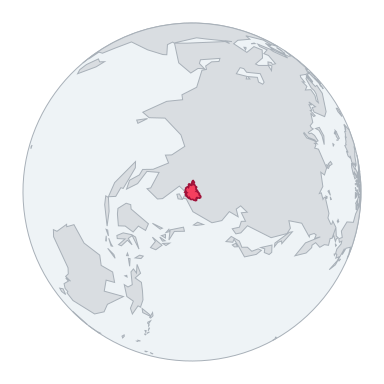 globe centered on Guangxi, rotated 81°
{"feature_id": "CHN-1152", "entity_name": "Guangxi", "entity_type": "Autonomous Region", "adm_level": 1, "iso_a3": "CHN", "parent_name": "China", "parent_adm1": "", "projection": "orthographic", "projection_center": [108.679, 23.706], "detail": "fine", "context": "on_globe", "style": "filled", "palette": "rose", "viewbox_px": 384, "rotation_deg": 81, "n_neighbors": 0, "source": "natural_earth", "source_scale": "10m", "svg_char_len": 15073}
<svg xmlns="http://www.w3.org/2000/svg" viewBox="0 0 384 384"><g transform="rotate(81 192 192)"><circle cx="192" cy="192" r="169" fill="#eef3f6" stroke="#a8b0b8"/><path d="M345.8,255.7L345.5,256.7L345.4,256.9L345.8,255.7ZM279.9,47.7L271.3,44.2L271.7,48.7L277.4,53.4L271.8,50.3L286.4,61.8L290.2,68.6L282.4,59.1L279.0,56.9L279.8,60.3L276.5,58.7L275.0,59.7L270.9,57.8L266.7,52.9L264.0,51.8L264.7,54.3L261.1,54.3L260.4,50.7L254.0,50.6L245.8,43.6L247.2,37.4L239.2,33.8L231.6,28.5L228.9,28.1L224.3,26.6L219.4,25.8L219.4,25.5L215.5,25.2L216.5,25.6L215.1,25.7L212.3,25.4L211.8,24.8L213.1,24.9L211.5,24.6L212.4,24.6L210.4,24.4L210.1,24.1L206.3,24.1L202.6,23.6L203.5,23.5L208.8,23.9L212.1,24.2L224.0,26.1L235.7,28.8L247.2,32.3L258.5,36.7L269.4,41.8L279.9,47.7ZM351.1,135.5L349.8,132.3L350.2,133.1L351.1,135.5ZM349.2,131.3L349.6,132.2L349.3,131.6L349.2,131.3ZM349.1,131.5L349.2,131.4L349.3,131.9L349.1,131.5ZM349.2,132.2L349.1,131.7L349.1,131.9L349.2,132.2ZM348.7,132.3L348.5,132.2L348.3,131.4L348.7,132.3ZM279.9,48.2L278.1,47.0L281.6,48.9L281.6,49.0L279.9,48.2ZM282.3,57.3L281.4,55.6L283.4,57.9L282.3,57.3ZM275.5,60.2L276.8,61.3L275.5,61.3L275.5,60.2ZM268.0,58.6L265.4,58.6L267.3,57.7L268.0,58.6ZM209.7,24.0L209.5,23.9L209.1,23.9L209.7,24.0ZM263.4,58.1L257.3,58.8L259.7,61.0L249.5,55.4L258.1,56.4L260.0,54.8L260.9,56.8L263.4,58.1ZM218.0,25.9L216.8,25.4L220.3,26.2L218.0,25.9ZM220.6,26.4L233.4,29.6L233.7,30.5L229.3,29.1L231.8,30.9L225.6,29.7L222.9,28.5L223.9,28.1L220.8,28.1L220.6,26.4ZM244.8,52.5L242.7,52.1L244.1,51.6L244.8,52.5ZM214.8,25.8L217.4,26.2L217.8,27.0L212.8,26.4L214.2,26.3L214.8,25.8ZM235.4,32.1L234.9,32.7L229.7,31.9L228.8,32.2L225.5,29.8L235.4,32.1ZM212.7,26.0L210.2,26.1L207.4,25.6L212.3,25.5L212.7,26.0ZM220.0,27.6L220.0,28.0L218.4,27.5L220.0,27.6ZM196.3,24.2L199.3,24.3L199.8,24.7L196.3,24.2ZM209.4,26.2L210.4,26.4L210.9,26.7L208.7,26.7L209.4,26.2ZM222.1,29.6L220.1,29.2L223.2,30.5L219.5,30.2L217.9,28.8L217.0,29.3L215.9,29.2L215.9,28.2L222.1,29.6ZM208.1,27.5L204.9,26.1L199.1,25.6L198.5,25.1L207.9,26.1L208.1,27.5ZM212.7,28.0L209.7,27.6L210.5,27.1L213.0,27.1L212.7,28.0ZM217.5,30.6L223.6,31.4L223.7,31.7L217.5,30.6ZM206.3,27.4L207.1,27.8L205.8,27.4L206.3,27.4ZM213.9,29.6L216.0,29.8L216.1,30.1L213.9,29.6ZM207.0,28.6L205.9,28.0L207.6,27.9L207.0,28.6ZM210.0,29.1L209.6,29.6L208.8,28.2L211.0,29.1L210.0,29.1ZM213.6,29.9L214.4,30.2L212.7,29.8L213.6,29.9ZM201.2,29.5L199.8,27.8L203.5,27.5L204.4,29.1L201.2,29.5ZM61.9,84.2L59.4,89.5L58.1,91.9L53.1,97.8L46.1,114.4L50.2,110.9L49.3,123.0L52.1,127.6L62.7,116.0L58.1,108.1L62.7,100.5L70.7,101.4L75.5,109.2L77.4,106.5L78.9,96.9L84.6,94.5L79.9,93.4L78.4,96.9L75.4,96.6L76.6,93.4L78.6,92.5L78.4,89.4L69.1,95.1L66.6,99.4L63.4,95.6L58.8,102.5L56.3,103.8L63.1,92.7L65.9,89.8L74.6,76.6L71.3,79.2L62.9,92.0L63.5,90.0L59.0,94.4L62.9,89.5L73.0,75.6L73.1,73.0L66.6,78.8L80.7,64.9L77.9,67.7L81.6,64.7L89.5,58.1L87.3,60.3L89.9,58.4L88.6,60.3L93.5,58.4L93.3,60.2L101.7,55.6L102.7,56.1L97.4,58.5L93.6,61.5L93.7,66.8L95.6,66.7L101.1,63.5L100.5,65.7L105.7,62.0L109.0,64.1L109.5,58.6L115.9,55.5L121.4,55.0L123.6,53.2L114.6,54.0L111.0,55.4L107.7,58.0L97.9,61.7L96.4,60.9L107.1,53.7L106.2,52.0L114.9,47.9L133.7,47.0L138.3,49.2L132.1,59.0L127.3,60.0L127.1,56.7L121.3,62.5L124.6,60.7L124.1,62.8L130.1,60.9L130.0,62.4L136.0,58.4L136.5,60.0L132.7,62.4L142.1,61.8L145.0,64.9L147.2,64.1L148.7,62.4L151.3,67.8L152.8,67.1L152.5,64.9L155.3,62.1L161.2,59.5L161.8,61.5L159.7,62.7L156.3,68.6L150.8,72.0L151.6,72.6L156.6,70.2L160.7,62.9L164.1,60.8L162.8,64.1L163.5,62.7L165.4,62.4L167.8,64.0L169.5,60.4L189.3,55.3L195.9,58.5L192.6,61.7L207.0,61.9L213.4,66.5L213.1,64.4L219.8,63.8L217.9,62.2L218.2,61.2L234.6,60.1L238.9,61.8L245.6,59.9L245.5,58.9L242.7,57.5L249.5,55.4L259.7,61.0L259.5,62.8L266.0,65.5L264.7,69.5L266.6,74.4L261.4,77.8L263.3,81.8L265.7,82.5L270.1,88.8L271.1,100.3L260.0,87.9L256.4,72.3L257.0,78.1L253.8,76.1L252.1,77.8L252.7,82.3L254.7,83.2L240.0,88.5L235.5,100.8L243.2,100.5L247.9,104.7L249.5,121.0L234.0,142.5L240.0,150.2L240.2,155.2L234.6,158.0L234.2,150.7L228.7,147.9L229.3,143.7L220.2,146.5L220.6,140.6L213.3,146.1L215.8,151.0L223.7,150.3L217.2,158.2L224.9,167.0L225.5,177.1L211.6,194.2L197.8,198.8L196.9,201.9L191.6,197.9L184.2,203.6L193.9,222.1L193.5,227.2L181.7,235.9L181.5,232.1L167.5,221.5L164.6,233.3L175.2,244.4L178.9,256.2L170.6,251.8L166.9,241.3L162.0,237.2L163.5,226.9L159.7,210.6L151.4,212.5L152.2,206.2L145.8,192.0L133.9,194.0L114.8,207.1L111.9,222.7L105.5,228.1L98.5,202.8L99.4,186.8L94.4,186.7L89.3,171.0L73.3,163.1L73.2,158.5L69.7,158.8L66.5,152.3L67.3,144.9L64.4,143.5L62.7,162.9L66.2,164.6L72.2,160.4L70.9,166.8L74.3,174.6L62.4,184.9L42.3,186.0L44.2,173.8L48.6,135.7L50.6,132.8L50.8,132.4L51.1,131.6L47.6,136.0L49.7,129.0L43.2,153.7L40.4,163.4L42.0,186.5L40.9,187.6L42.6,193.2L52.5,195.4L51.7,199.2L44.7,213.5L34.3,228.3L37.9,245.7L40.9,258.7L39.3,262.1L44.4,273.1L44.2,273.9L47.5,279.6L41.6,269.0L36.4,257.8L32.0,246.3L28.5,234.6L25.8,222.6L24.0,210.4L23.2,198.1L23.2,185.8L24.0,173.6L25.8,161.4L28.5,149.4L32.0,137.6L36.4,126.1L41.6,115.0L47.6,104.3L54.4,94.0L61.9,84.2ZM76.7,125.0L82.1,129.7L86.4,119.7L88.8,120.8L89.4,117.2L86.7,118.9L89.0,109.5L93.8,109.1L96.6,105.3L94.9,103.6L85.8,106.1L82.3,119.3L78.2,121.6L76.7,125.0ZM105.4,47.9L102.7,49.7L100.0,51.2L100.4,50.3L104.4,48.0L105.4,47.9ZM99.6,52.1L110.1,46.1L110.3,46.8L108.4,47.4L107.5,48.5L104.2,49.7L94.2,56.9L91.1,58.7L93.5,55.2L94.4,55.1L96.9,53.1L99.6,52.1ZM136.5,33.4L141.0,32.0L135.5,35.3L131.9,36.4L132.0,35.2L136.4,33.3L136.5,33.4ZM196.4,23.1L198.5,23.2L197.0,23.2L196.4,23.1ZM188.1,23.1L194.5,23.1L193.5,23.1L194.2,23.1L199.6,23.6L208.9,24.5L208.7,25.1L206.1,25.2L203.8,25.1L204.7,24.7L201.0,24.8L200.5,24.2L197.7,24.2L187.4,23.3L189.3,23.2L181.1,23.4L181.8,23.3L188.1,23.1ZM169.1,24.6L172.5,24.3L171.7,24.8L175.1,24.3L175.8,24.5L172.8,24.9L177.8,24.6L177.6,24.9L182.7,25.6L190.0,25.5L192.1,26.0L189.1,26.2L193.2,26.6L189.0,27.5L190.3,28.0L187.5,29.5L181.0,30.1L183.0,30.6L180.9,32.2L175.5,33.1L177.4,31.6L170.0,33.8L169.5,32.3L168.7,32.7L166.2,32.0L161.7,32.0L162.2,31.3L160.2,31.7L158.5,31.4L156.0,31.7L156.1,30.7L153.0,31.1L154.8,30.4L149.4,31.4L153.4,30.3L151.6,30.2L148.7,31.4L155.3,27.2L155.1,27.1L169.1,24.6ZM200.3,29.9L192.5,30.4L188.4,30.0L195.0,27.4L194.4,26.9L198.5,25.8L204.3,26.5L202.6,26.7L202.3,27.1L200.6,26.7L201.8,27.4L199.4,27.8L199.7,28.5L197.1,28.4L200.3,29.9ZM59.8,90.8L59.4,92.1L59.5,93.3L56.7,96.3L59.8,90.8ZM66.5,81.2L66.6,81.7L62.6,86.0L63.1,84.9L66.5,81.2ZM70.1,78.5L66.9,81.4L68.9,79.1L70.1,78.5ZM97.9,58.9L98.4,59.4L97.1,60.3L95.2,61.1L97.9,58.9ZM153.5,41.0L155.2,39.8L156.2,39.8L162.0,38.1L162.8,39.3L159.7,40.8L153.5,41.0ZM60.0,116.9L57.2,118.0L57.6,116.1L58.5,116.1L60.0,116.9ZM55.3,106.5L54.8,110.5L54.6,107.3L55.3,106.5ZM155.4,42.0L157.6,41.1L156.6,42.3L155.4,42.0ZM163.7,40.1L163.2,41.4L163.6,39.2L163.7,40.1ZM120.6,342.6L124.1,344.4L122.0,343.8L120.6,342.6ZM53.4,267.2L57.3,286.5L53.6,283.7L49.6,276.3L45.9,263.6L49.0,262.9L49.6,258.0L53.4,267.2ZM221.8,283.6L226.9,284.2L226.7,284.9L221.8,283.6ZM216.4,281.2L222.3,281.4L215.4,282.7L216.4,281.2ZM224.6,281.5L230.5,280.1L233.1,279.0L232.6,280.4L224.6,281.5ZM212.4,281.2L190.8,280.2L182.3,277.8L184.3,275.4L198.1,276.9L212.4,281.2ZM183.6,275.3L170.6,266.9L153.1,243.0L159.3,244.2L177.7,259.4L176.6,261.6L184.4,268.0L183.6,275.3ZM215.2,263.3L213.9,270.0L202.0,269.1L196.6,267.7L192.8,258.8L194.9,254.5L199.3,254.8L216.6,240.0L222.7,243.9L217.3,250.3L222.3,256.4L215.2,263.3ZM112.5,224.4L115.7,234.7L112.3,235.4L112.5,224.4ZM223.7,229.2L216.7,236.0L223.1,226.9L223.7,229.2ZM227.6,220.6L228.0,224.1L225.2,220.7L227.6,220.6ZM196.6,206.8L191.9,207.3L191.9,204.8L197.8,202.6L196.6,206.8ZM225.9,185.8L225.7,193.2L224.8,195.7L222.7,191.2L225.9,185.8ZM165.9,54.0L156.9,54.8L151.0,56.9L148.6,60.0L148.1,56.2L157.2,53.0L165.9,54.0ZM186.3,54.8L188.4,52.4L190.1,53.6L189.8,54.2L186.3,54.8ZM185.8,53.3L183.5,50.4L186.3,49.2L187.6,51.7L185.8,53.3ZM169.1,45.3L166.3,45.3L167.2,44.3L169.1,45.3ZM306.1,316.4L306.7,316.0L301.9,320.3L295.7,325.3L291.1,328.6L306.1,316.4ZM266.3,337.7L267.4,334.5L273.5,332.8L269.9,336.3L266.3,337.7ZM310.3,312.5L314.7,307.9L317.6,303.8L315.6,307.0L317.5,305.1L307.8,315.1L310.3,312.5ZM247.5,326.3L214.5,335.7L207.5,334.8L209.7,331.5L204.3,320.9L206.7,321.2L205.8,313.7L225.6,306.6L239.9,293.0L250.3,293.2L258.6,282.9L269.2,282.6L265.6,290.6L276.2,294.2L284.5,276.1L289.7,293.1L296.6,297.6L297.2,307.3L280.6,326.5L272.1,331.2L271.0,330.2L267.4,332.4L262.5,332.7L260.7,328.1L257.1,330.2L261.1,325.9L255.6,330.0L253.5,327.0L247.5,326.3ZM322.5,281.4L323.8,281.4L325.3,283.3L323.4,283.7L322.5,281.4ZM342.5,261.5L342.7,262.4L341.6,263.7L342.5,261.5ZM345.4,256.9L344.0,258.6L345.8,255.7L345.4,256.9ZM330.6,268.5L331.1,269.2L330.6,269.9L330.6,268.5ZM330.1,268.3L331.1,266.2L330.8,268.0L330.1,268.3ZM324.6,261.2L325.5,259.9L325.8,260.5L324.6,261.2ZM234.4,284.1L241.6,278.9L245.5,278.3L234.4,284.1ZM323.5,259.6L321.4,260.1L321.6,259.0L323.5,259.6ZM323.7,257.2L323.6,255.9L324.7,258.7L323.7,257.2ZM319.8,255.3L322.3,257.0L319.5,255.7L319.8,255.3ZM318.2,256.1L316.3,255.5L316.5,255.0L318.2,256.1ZM296.0,263.1L303.2,270.0L297.2,271.0L290.6,267.0L285.1,272.7L272.9,273.4L275.8,270.1L274.2,265.5L261.4,264.8L258.8,261.9L263.4,259.5L254.9,257.6L264.2,255.5L268.0,261.6L273.3,256.1L282.2,256.4L290.9,257.3L297.7,260.9L296.0,263.1ZM264.1,269.5L265.8,269.4L264.3,271.4L264.1,269.5ZM312.7,253.0L315.4,255.4L315.1,256.2L313.7,256.1L312.7,253.0ZM299.2,259.5L306.6,252.9L308.3,252.6L303.4,259.5L299.2,259.5ZM304.9,249.8L308.2,249.9L310.0,252.5L309.3,253.4L304.9,249.8ZM245.0,264.8L244.6,266.6L242.2,265.3L245.0,264.8ZM248.2,263.6L255.6,265.2L247.5,265.2L248.2,263.6ZM225.7,257.9L227.9,262.2L234.8,259.4L229.5,263.3L234.1,270.2L232.5,272.8L227.9,265.4L226.3,273.1L223.2,273.0L221.6,266.4L224.7,258.2L227.7,254.8L240.1,253.3L225.7,257.9ZM248.2,258.5L246.2,253.6L247.7,250.2L249.8,252.8L248.2,258.5ZM240.4,241.7L235.1,235.9L230.4,238.2L239.9,229.9L243.4,236.8L240.4,241.7ZM235.9,228.9L231.4,230.9L236.0,226.1L235.9,228.9ZM230.3,229.0L229.8,224.8L233.3,225.4L230.3,229.0ZM238.2,229.0L239.0,222.0L240.8,226.1L238.2,229.0ZM228.2,215.6L235.8,222.3L226.0,219.5L225.4,205.9L229.6,205.6L228.2,215.6ZM250.6,160.5L249.5,156.7L253.2,155.7L252.9,158.6L250.6,160.5ZM264.3,150.3L253.8,154.2L245.2,157.9L248.0,159.6L246.3,166.2L242.0,160.2L247.9,152.9L254.4,151.4L255.2,145.9L259.9,142.2L258.5,135.5L260.5,132.6L263.7,138.3L264.3,150.3ZM257.6,132.8L256.9,121.3L264.1,122.7L265.8,125.6L263.1,130.1L259.5,129.0L257.6,132.8ZM258.9,119.1L255.4,118.1L247.0,102.0L247.0,99.1L257.1,111.4L254.4,111.2L255.2,115.1L258.9,119.1ZM243.4,53.1L242.7,52.2L244.6,53.0L243.4,53.1ZM217.0,60.4L217.8,59.2L219.9,60.0L217.0,60.4ZM221.2,56.3L218.3,56.2L221.1,55.5L221.2,56.3ZM211.8,56.4L217.0,55.8L212.4,57.6L211.8,56.4Z" fill="#d9dde1" stroke="#a8b0b8" stroke-width="1"/><path d="M183.8,193.9L183.5,193.8L183.5,193.4L183.7,193.1L183.8,193.0L183.9,192.8L184.1,192.8L184.3,192.5L184.6,192.6L184.8,192.6L185.1,192.5L185.2,191.9L185.1,191.6L185.3,191.5L185.2,191.3L185.2,191.1L184.8,190.9L184.8,190.7L184.5,190.8L184.4,191.0L184.2,191.0L183.9,190.9L183.7,190.6L183.4,190.9L182.9,190.6L182.9,190.8L182.6,190.6L182.6,190.1L182.4,189.8L182.0,189.8L181.8,189.7L181.4,189.6L181.4,190.0L181.0,189.7L180.8,189.3L180.8,189.0L180.9,188.8L181.0,188.8L181.4,189.1L181.6,189.0L181.7,188.9L181.9,188.7L182.2,188.7L182.3,188.4L182.4,188.2L182.6,188.1L182.9,188.3L183.2,188.2L183.3,188.3L183.4,188.5L183.5,188.6L184.0,188.7L184.3,189.0L184.5,188.9L184.9,189.2L185.0,189.0L185.3,188.8L185.4,188.6L185.3,188.2L185.7,188.2L186.1,188.0L186.4,187.8L186.6,187.6L187.2,187.6L187.3,187.4L187.5,187.4L187.6,187.1L187.5,186.9L187.6,186.7L188.0,186.6L188.4,186.8L188.6,187.0L188.6,187.3L188.8,187.3L188.8,187.5L189.1,187.4L189.3,187.5L189.5,187.5L189.9,187.7L190.1,187.6L190.4,187.6L190.5,187.5L190.5,187.4L190.5,187.0L190.9,186.7L191.0,186.6L191.3,186.7L191.5,186.9L191.8,187.3L191.8,187.1L191.7,187.0L191.7,186.9L191.8,186.8L191.9,186.7L192.0,186.4L192.3,186.6L192.7,186.6L192.9,186.7L193.0,186.6L192.9,186.4L193.0,186.1L192.8,186.1L192.5,186.3L192.5,186.2L192.7,185.9L193.1,185.8L193.2,186.0L193.3,185.9L193.5,186.0L193.8,185.6L193.9,185.3L194.1,185.1L194.3,185.1L194.6,185.3L194.6,185.5L194.9,185.5L194.9,185.4L194.9,185.2L195.1,185.1L195.3,184.7L195.7,184.8L195.6,185.0L195.9,185.1L196.2,185.3L196.3,185.2L196.4,184.8L196.6,184.7L196.8,184.7L197.0,184.2L197.3,184.2L197.4,184.4L197.8,184.4L198.0,184.0L198.8,184.3L198.7,185.3L198.8,185.5L199.0,185.4L199.4,185.4L199.4,185.5L199.1,185.9L199.0,186.0L199.0,186.4L199.0,186.6L198.9,186.9L198.8,187.0L198.6,187.0L198.5,187.3L198.5,187.5L198.2,187.7L198.1,188.1L198.2,188.3L198.3,188.4L198.5,188.0L198.9,187.7L199.0,187.8L199.2,187.7L199.3,187.8L199.4,188.1L199.4,188.3L199.4,188.5L199.5,188.7L199.4,189.1L199.6,189.2L199.8,189.0L199.9,188.8L200.0,188.7L200.3,188.8L200.7,188.7L200.9,188.8L200.7,189.0L200.7,189.3L200.9,189.4L200.9,189.6L201.1,190.0L200.8,190.2L200.7,190.2L200.6,190.4L200.7,191.0L200.5,191.3L200.4,191.5L200.0,191.5L199.9,191.8L199.9,192.0L199.5,192.2L199.5,192.4L199.3,192.7L199.3,193.0L199.3,193.4L199.3,193.6L199.4,193.8L199.3,194.0L199.3,194.3L199.0,194.6L198.8,194.8L198.5,194.8L198.4,195.1L198.2,195.1L197.8,195.2L197.8,195.3L197.6,195.3L197.6,195.6L197.4,195.6L197.5,195.7L197.5,195.9L197.7,196.1L197.4,196.3L197.4,196.5L197.2,196.5L196.9,196.6L196.7,196.4L196.6,196.6L196.6,197.0L196.6,197.3L196.2,197.4L195.9,197.3L195.5,197.4L195.4,198.0L195.1,198.1L194.9,198.1L194.9,198.4L195.0,198.5L194.9,198.6L194.7,198.4L194.7,198.1L194.6,198.3L194.6,198.1L194.4,198.0L194.4,197.9L194.5,197.8L194.4,197.7L194.2,197.9L194.3,198.0L194.2,198.0L194.3,198.0L194.2,198.0L194.3,198.1L194.5,198.3L194.4,198.4L194.3,198.5L194.2,198.6L193.8,198.6L193.7,198.7L193.4,198.7L193.3,198.8L193.0,198.7L193.3,198.5L193.3,198.2L193.1,198.2L192.9,198.2L192.7,198.2L192.5,197.8L192.7,197.7L192.5,197.8L192.5,197.6L192.3,197.6L192.5,197.8L192.4,197.9L192.3,197.7L192.3,197.8L192.4,198.0L192.5,198.1L192.3,198.1L192.2,198.2L192.2,197.9L192.2,198.0L192.1,197.9L191.9,197.8L192.0,197.8L191.9,197.8L192.0,197.6L191.9,197.6L191.9,197.8L191.8,197.7L191.7,197.7L191.9,197.4L191.7,197.3L191.7,197.2L191.6,197.3L191.5,197.5L191.4,197.4L191.5,197.2L191.4,197.3L191.5,197.7L191.5,197.8L191.4,197.8L191.5,197.9L191.4,197.9L191.5,197.9L191.5,198.0L191.6,197.9L191.6,198.0L191.7,197.9L191.7,198.0L191.5,198.3L191.5,198.2L191.4,198.2L191.4,198.3L191.2,198.3L191.3,198.2L191.3,198.3L191.4,198.1L191.3,197.9L191.2,198.0L191.1,197.9L191.0,198.0L190.9,198.2L191.0,198.3L190.9,198.4L190.7,198.5L190.8,198.2L190.7,198.1L190.6,198.3L190.3,198.3L190.1,198.4L190.2,198.5L190.4,198.5L190.2,198.6L189.6,198.1L189.4,198.0L189.2,198.1L188.9,198.2L188.7,198.2L188.4,198.2L188.1,197.8L187.9,197.8L187.6,197.6L187.4,197.6L187.5,197.3L187.4,197.2L187.2,197.2L186.8,197.1L186.7,197.0L186.5,196.7L186.4,196.4L186.5,196.3L186.4,196.1L186.2,196.0L186.1,195.7L186.3,195.2L186.5,195.3L186.7,194.8L186.9,194.7L186.7,194.6L186.5,194.4L186.4,194.5L186.3,194.3L186.1,194.3L185.4,194.5L185.3,194.4L185.3,194.2L185.1,194.1L184.7,194.1L184.4,194.2L184.3,194.3L184.1,194.0L183.8,193.9Z" fill="#f43f5e" stroke="#9f1239" stroke-width="1.5"/></g></svg>